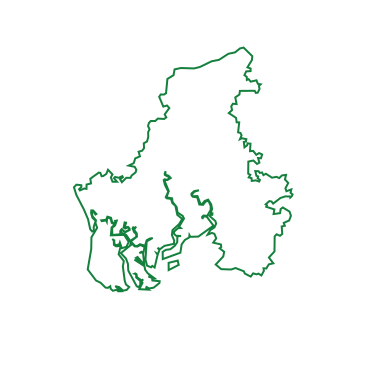 Remedios, Chiriquí, Panama (Mercator projection), rotated 53°
{"feature_id": "35544464B82986872921628", "entity_name": "Remedios", "entity_type": "district", "adm_level": 2, "iso_a3": "PAN", "parent_name": "Panama", "parent_adm1": "Chiriquí", "projection": "mercator", "projection_center": [-81.789, 8.225], "detail": "fine", "context": "isolated", "style": "outline", "palette": "green", "viewbox_px": 384, "rotation_deg": 53, "n_neighbors": 0, "source": "geoboundaries", "source_scale": "gbopen_adm2", "svg_char_len": 6131}
<svg xmlns="http://www.w3.org/2000/svg" viewBox="0 0 384 384"><g transform="rotate(53 192 192)"><path d="M116.6,279.9L117.2,283.4L124.6,286.1L140.6,288.8L151.2,291.4L160.5,295.7L163.5,295.5L163.8,293.7L160.7,291.5L157.1,286.3L152.6,287.0L148.0,285.2L146.1,283.5L147.2,282.1L152.0,281.6L151.9,282.6L147.4,282.4L146.6,283.3L151.5,286.1L156.8,285.7L158.6,287.7L163.5,289.3L167.7,299.6L176.9,306.8L191.1,321.9L205.0,321.9L209.5,319.6L216.3,318.6L217.9,316.9L218.1,314.0L220.3,315.2L223.3,314.6L224.8,310.9L226.8,310.8L228.6,308.3L221.0,309.9L224.1,307.4L229.3,306.4L230.9,303.1L230.1,299.3L226.2,300.4L222.5,299.2L209.8,292.0L206.1,288.0L197.6,288.1L192.2,281.4L189.7,285.3L187.3,286.2L183.6,283.6L181.6,284.0L183.8,283.2L186.5,285.1L188.6,285.0L190.0,281.6L188.9,280.0L194.6,281.9L196.3,277.4L193.8,272.6L185.4,272.0L177.8,282.9L171.9,277.5L171.5,273.2L168.4,274.7L164.1,273.0L161.3,275.1L164.4,277.9L163.1,277.6L161.0,281.6L160.0,281.5L162.5,277.3L160.8,274.4L163.8,272.2L168.8,274.2L170.1,271.3L168.8,270.7L169.6,269.3L172.4,273.6L172.6,277.4L178.4,281.5L182.6,274.7L180.0,272.8L179.3,270.6L183.6,269.5L184.3,265.4L183.8,264.3L181.6,264.4L181.0,267.3L179.2,268.0L175.8,264.1L177.5,262.5L176.3,264.1L178.1,264.7L179.5,267.5L181.4,264.1L183.5,263.8L184.8,264.6L184.0,269.6L179.9,270.8L181.5,273.2L186.7,270.4L193.9,270.8L194.3,263.5L191.8,261.8L189.5,262.4L185.3,261.4L184.8,260.2L186.4,259.3L186.0,257.4L186.9,259.9L185.3,260.1L185.6,261.1L191.8,261.0L194.5,262.8L194.6,269.7L197.1,273.3L196.9,270.4L200.8,269.9L202.2,268.2L202.4,265.0L206.6,261.8L203.3,257.3L203.7,253.9L205.1,251.1L204.2,257.9L217.9,269.8L223.8,272.2L227.5,270.0L227.1,268.2L229.8,267.3L221.5,257.3L219.6,257.1L221.0,256.5L218.7,252.9L215.9,253.1L218.4,251.9L218.4,246.5L222.5,237.7L220.2,235.5L214.2,233.9L210.7,230.5L209.9,221.8L207.6,216.0L201.4,217.5L193.1,213.6L189.0,214.4L184.9,212.9L181.8,216.0L180.4,216.1L177.4,210.7L169.9,209.3L165.5,207.4L165.4,206.1L167.3,204.5L167.5,200.9L162.0,203.4L160.9,202.8L159.5,200.6L162.1,202.9L164.9,200.9L168.0,200.6L167.6,204.6L165.8,207.0L177.3,210.0L180.9,215.6L185.1,211.7L188.2,213.5L194.7,213.3L199.7,215.9L205.5,213.8L208.4,214.4L211.9,223.1L214.0,222.7L212.5,224.8L212.9,230.5L214.8,231.5L217.5,231.0L220.5,227.2L218.6,230.4L223.2,234.0L224.6,238.1L224.7,243.7L222.4,247.8L222.2,251.5L228.0,255.7L233.5,237.8L227.6,231.8L226.0,226.6L226.6,221.6L224.9,220.0L226.8,220.3L231.4,213.8L231.8,195.1L220.6,195.1L218.2,197.7L219.9,199.8L218.0,199.0L217.7,197.0L220.2,194.2L217.5,187.8L214.3,185.4L209.2,184.2L207.8,186.6L208.9,190.9L206.4,193.7L199.5,191.0L196.2,194.3L194.2,194.3L192.9,193.3L192.6,189.7L194.8,185.4L193.2,190.0L194.0,193.8L196.0,193.7L198.5,190.1L206.7,192.4L207.7,191.4L206.8,187.3L207.8,183.7L213.4,184.1L217.7,186.2L219.8,189.4L221.4,188.5L223.0,190.2L220.6,189.2L221.7,192.4L229.3,190.8L231.8,191.8L233.8,195.4L233.4,200.1L235.5,205.2L236.7,200.7L238.8,199.3L243.6,200.5L245.2,205.5L251.3,200.5L253.5,201.7L253.6,203.8L259.1,202.3L262.3,205.8L264.2,216.7L271.2,215.1L277.5,207.3L278.9,203.0L286.5,198.3L288.9,198.9L294.9,196.0L293.8,192.1L296.6,190.0L297.2,188.0L300.4,186.8L298.3,182.1L296.0,180.8L297.8,178.7L296.0,174.2L297.9,170.0L290.6,170.0L289.1,161.9L277.2,152.7L276.7,149.9L279.9,148.1L279.8,145.1L273.5,141.1L274.8,138.2L271.9,137.3L273.2,131.5L270.5,127.3L266.4,125.9L259.0,128.8L259.0,131.5L261.9,134.4L258.7,140.1L255.5,136.7L248.5,141.6L247.7,140.1L246.2,140.6L245.8,135.7L247.5,134.2L250.1,134.2L250.0,125.0L251.6,120.2L254.6,116.4L255.6,116.9L255.4,114.8L254.4,113.1L251.9,113.8L249.7,111.1L248.2,116.1L245.3,115.2L242.7,109.7L237.9,110.2L234.9,106.6L232.9,110.2L233.4,114.0L230.8,115.3L228.7,119.5L221.9,122.0L221.5,124.8L218.6,124.3L217.5,126.4L215.5,126.3L213.4,128.9L217.8,130.8L219.4,129.8L220.5,131.3L223.2,130.5L224.1,132.0L221.1,134.1L219.1,137.6L216.7,136.1L214.5,137.9L213.4,135.1L211.2,136.1L201.6,128.7L203.8,124.0L208.7,123.2L209.1,120.5L204.6,118.8L206.6,116.6L204.2,113.4L201.3,115.0L201.0,118.3L196.0,118.4L194.3,121.1L188.6,116.2L186.6,118.3L187.9,119.9L187.9,123.2L183.2,120.5L184.1,118.5L182.5,116.8L179.1,119.8L178.7,121.9L176.6,118.3L173.9,117.8L172.1,119.3L164.8,112.4L163.2,114.4L159.3,112.2L151.1,115.1L150.7,110.7L147.2,109.1L146.1,106.2L148.6,103.5L142.5,100.5L142.7,95.5L140.1,92.9L148.9,81.0L151.3,81.4L152.2,79.7L150.3,76.0L147.6,74.8L147.3,72.4L145.2,74.3L141.6,73.3L139.2,78.7L135.9,78.9L135.5,80.7L133.0,79.0L130.2,79.8L128.3,76.1L130.7,72.5L128.7,70.9L125.8,72.7L122.6,64.6L119.8,62.1L107.7,63.9L106.2,67.3L106.4,73.6L103.5,79.8L102.7,90.9L99.4,97.7L96.9,110.5L94.6,115.9L86.2,126.4L83.6,132.1L87.6,136.5L86.9,143.6L97.5,153.3L97.3,155.7L95.3,158.3L96.2,160.9L106.5,163.5L107.9,159.9L111.3,159.6L113.6,167.1L116.9,167.6L116.9,170.3L112.8,175.1L113.2,178.6L110.5,182.2L111.0,185.0L112.9,187.4L116.4,188.2L117.7,190.9L121.7,193.8L124.6,197.5L124.1,201.2L128.1,203.9L129.0,207.0L127.7,210.4L132.2,212.1L131.0,217.1L133.9,221.2L132.8,226.7L137.4,222.6L140.8,223.1L142.4,225.3L142.5,230.3L143.7,232.6L141.1,235.9L142.0,242.1L138.6,241.8L138.6,238.3L137.4,238.1L136.5,242.0L133.7,244.4L134.0,246.0L138.7,245.7L136.0,249.3L131.5,248.0L130.1,244.9L123.7,245.7L126.0,249.6L125.8,253.4L125.0,254.7L121.6,253.7L120.4,254.8L120.2,265.2L124.4,267.5L122.6,271.7L126.0,274.4L124.4,275.9L123.3,280.6L121.8,280.5L121.5,277.4L120.0,276.3L116.6,279.9ZM209.1,270.8L209.3,268.3L211.0,267.0L207.4,263.0L203.2,265.2L202.7,268.5L200.8,270.6L197.5,270.9L198.0,285.6L205.5,284.8L210.8,286.4L216.5,290.2L234.0,292.9L235.7,292.0L235.2,289.4L232.0,286.8L226.7,288.0L224.2,286.2L222.7,287.1L222.9,286.3L224.2,285.8L227.0,287.2L232.1,285.6L232.5,283.5L232.7,286.0L234.8,286.2L237.9,292.6L243.8,285.5L241.1,286.3L240.5,285.5L243.2,284.3L245.3,280.3L245.1,272.8L243.8,271.5L238.8,276.9L236.7,275.6L233.2,277.7L235.6,274.7L230.2,276.3L225.9,276.2L222.7,274.6L211.4,278.7L215.8,276.0L213.8,275.3L210.9,276.4L211.1,274.6L221.3,273.9L211.6,268.0L210.0,268.4L209.1,270.8ZM240.3,257.6L242.2,246.5L238.2,244.7L234.5,253.3L240.3,257.6ZM236.8,274.3L238.3,274.3L238.6,273.8L236.8,274.3ZM216.1,274.5L216.7,274.8L216.9,274.5L216.1,274.5Z" fill="none" stroke="#15803d" stroke-width="2"/></g></svg>